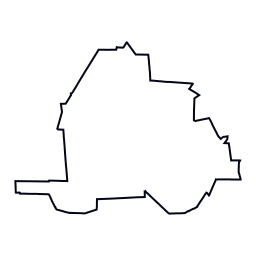 Pecineaga, Constanta, Romania
{"feature_id": "2599482B178784761980", "entity_name": "Pecineaga", "entity_type": "district", "adm_level": 2, "iso_a3": "ROU", "parent_name": "Romania", "parent_adm1": "Constanta", "projection": "mercator", "projection_center": [28.482, 43.893], "detail": "fine", "context": "isolated", "style": "outline", "palette": "ink", "viewbox_px": 256, "rotation_deg": 0, "n_neighbors": 0, "source": "geoboundaries", "source_scale": "gbopen_adm2", "svg_char_len": 4806}
<svg xmlns="http://www.w3.org/2000/svg" viewBox="0 0 256 256"><path d="M15.8,192.6L16.6,192.7L18.6,192.6L19.4,192.5L19.7,192.6L19.9,192.8L19.9,193.6L20.0,193.6L20.6,193.6L21.2,193.7L21.9,193.7L23.1,193.7L24.1,193.7L24.5,193.7L25.4,193.7L27.8,193.8L29.2,193.8L30.2,193.9L31.4,193.9L32.7,193.9L34.1,193.9L35.1,193.9L36.6,193.9L37.1,193.9L38.2,194.0L39.1,194.0L40.3,194.0L42.5,194.1L43.4,194.1L43.5,194.1L44.2,194.1L44.6,194.1L45.2,194.2L46.0,194.2L46.9,194.2L47.6,194.2L48.0,194.3L48.7,194.3L48.8,194.3L49.1,194.8L49.2,195.0L49.6,195.7L49.9,196.3L50.2,197.0L50.4,197.5L50.9,198.6L51.3,199.5L52.0,201.1L53.2,203.5L53.9,204.7L54.3,205.6L54.8,206.7L55.1,207.2L55.2,207.4L55.4,207.3L56.2,209.0L56.5,209.4L56.9,209.6L57.2,209.7L58.9,210.1L62.2,211.0L63.4,211.4L65.1,211.9L66.3,212.2L67.0,212.4L68.4,212.7L68.8,212.7L69.1,212.8L69.6,212.9L69.8,213.0L70.3,213.0L70.3,212.9L70.8,212.9L71.5,212.9L72.1,212.9L72.5,213.0L73.2,213.0L73.7,213.0L74.3,213.0L75.3,213.0L76.3,213.1L77.4,213.1L81.1,213.2L84.5,213.4L84.9,213.4L88.2,212.3L93.1,210.7L96.6,209.6L96.8,207.4L96.9,206.5L96.9,206.3L96.9,203.8L97.0,199.1L97.5,199.1L99.3,199.1L99.6,199.1L101.2,199.0L104.4,198.9L111.8,198.6L117.4,198.3L123.7,198.0L129.3,197.7L130.5,197.6L132.9,197.5L136.5,197.3L139.7,197.2L141.5,197.1L143.3,197.1L144.7,197.0L144.8,197.0L144.7,191.4L144.8,191.4L144.9,191.5L145.1,191.7L145.4,191.3L145.6,191.6L149.1,194.9L152.7,198.3L156.2,201.6L159.0,204.2L162.2,207.3L163.6,208.6L166.1,211.0L167.8,212.6L168.5,213.2L168.8,213.4L169.1,213.5L169.4,213.6L170.3,213.5L172.3,213.5L175.1,213.4L177.9,213.3L180.3,213.3L182.6,213.2L184.3,213.1L184.6,213.1L184.9,213.0L185.2,212.8L185.9,212.5L187.0,211.8L188.1,211.1L188.3,211.3L193.1,208.8L193.4,208.8L193.7,208.8L197.2,206.9L197.2,206.3L197.6,205.9L197.8,205.6L198.0,205.2L198.3,204.8L198.8,204.0L199.3,203.2L199.6,202.9L199.8,202.4L200.0,202.1L200.3,201.7L200.9,200.8L201.4,200.2L201.7,199.6L202.2,198.9L202.8,198.0L203.1,197.5L203.4,197.1L203.9,196.3L205.0,194.5L205.7,193.6L206.0,193.1L206.3,192.8L206.4,192.6L206.6,192.6L206.8,192.7L207.0,192.9L207.3,193.2L207.5,193.5L207.7,193.8L208.0,194.0L208.3,194.6L209.0,195.5L209.1,195.4L209.9,193.5L210.8,191.4L211.7,189.2L212.7,186.9L213.7,184.7L215.0,181.7L215.5,180.6L215.7,180.1L215.9,179.6L216.0,179.7L217.1,179.4L220.2,179.4L221.2,179.4L221.3,179.4L223.1,179.4L224.5,179.4L225.3,179.4L226.8,179.4L228.1,179.4L229.2,179.4L231.5,179.5L233.2,179.5L234.9,179.5L240.6,179.5L240.6,179.2L240.3,178.0L240.1,177.2L239.9,176.4L239.3,174.2L239.2,173.8L239.1,173.4L239.0,173.2L238.8,173.0L238.7,172.8L238.7,172.5L238.7,172.0L238.7,171.5L238.7,170.1L238.7,168.9L238.7,168.1L238.7,167.9L238.8,167.5L238.8,166.8L238.8,166.3L238.8,165.6L238.8,165.2L238.9,163.7L238.9,163.0L239.0,162.3L239.1,162.1L239.2,161.7L239.4,161.3L239.5,161.1L239.7,160.9L239.9,160.9L240.0,160.8L240.1,160.5L239.0,160.4L236.7,160.4L235.6,160.4L235.2,160.4L233.6,160.4L232.7,160.4L231.2,160.5L230.5,155.6L229.9,150.9L229.2,146.1L228.8,143.3L224.5,143.1L226.3,140.6L226.8,140.0L227.3,138.9L227.5,137.6L227.5,136.3L226.7,136.5L226.0,136.6L225.1,136.7L224.0,136.8L223.3,136.9L222.5,137.4L222.1,137.8L221.5,138.4L220.7,138.9L219.8,137.8L219.1,137.1L218.6,136.7L217.4,134.6L216.9,133.5L214.8,129.5L213.1,126.1L211.3,122.2L211.1,121.8L209.2,118.3L209.0,118.1L208.9,118.2L204.4,119.1L202.3,119.5L199.6,120.1L197.1,120.6L195.5,121.0L195.3,121.0L195.1,120.9L194.8,120.7L194.2,120.4L193.9,120.3L194.0,110.5L194.0,110.2L194.2,105.5L194.3,102.3L194.4,98.8L194.4,98.5L194.4,98.4L194.8,98.1L196.7,96.8L199.2,95.1L196.6,93.4L193.9,91.7L190.7,89.9L189.2,88.9L189.7,88.4L190.0,87.9L190.4,87.5L190.5,87.3L190.7,86.9L192.4,84.3L192.8,83.8L192.6,83.6L189.3,83.3L187.3,83.2L184.5,83.0L180.5,82.7L178.6,82.6L176.4,82.4L176.0,82.4L170.5,82.0L168.0,81.9L167.8,82.0L165.9,81.8L164.1,81.7L162.5,81.5L161.2,81.3L160.2,81.3L158.7,81.2L155.6,80.9L154.2,80.7L153.2,80.7L151.6,80.6L150.5,80.5L150.3,80.5L150.0,73.2L149.9,72.0L149.8,71.2L149.6,69.0L149.5,68.3L149.5,67.5L149.1,64.0L149.0,62.3L148.9,60.7L148.8,59.9L148.7,59.1L148.3,54.8L148.2,54.7L146.2,54.7L142.4,54.6L135.7,54.5L134.5,52.9L133.1,50.9L130.3,47.1L128.4,44.5L127.0,42.5L126.6,42.4L125.5,44.2L124.4,46.0L123.6,47.2L123.2,47.5L122.9,47.7L121.9,47.6L117.5,47.4L116.8,47.2L116.2,49.7L107.8,49.8L107.7,49.8L98.6,49.7L96.4,53.4L94.7,56.1L86.8,68.9L85.7,70.6L80.1,79.8L75.1,88.2L72.4,92.6L72.0,93.2L70.8,93.4L70.9,94.2L71.0,95.1L68.4,99.4L66.2,102.9L65.7,103.7L62.8,103.8L61.0,103.9L60.9,103.9L62.0,111.9L61.9,112.4L57.1,129.5L57.2,129.4L63.3,129.7L63.5,132.0L63.8,136.5L63.7,136.7L63.9,138.4L64.0,138.8L64.1,140.3L64.7,148.0L65.1,154.1L65.6,160.7L65.7,161.8L66.0,166.1L66.1,166.3L67.3,181.1L67.2,181.1L65.7,181.0L62.1,181.0L60.8,180.9L54.3,180.7L49.1,180.6L48.9,181.5L32.4,181.3L21.5,181.2L15.4,181.1L15.8,192.6Z" fill="none" stroke="#020617" stroke-width="2"/></svg>